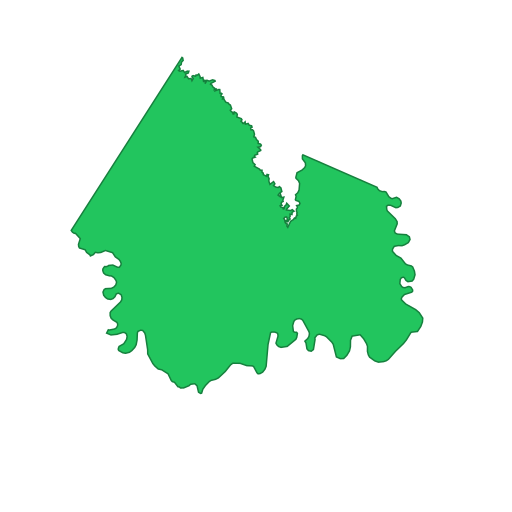 Cabuyaro, Meta, Colombia, rotated 24°
{"feature_id": "7082276B93566761030806", "entity_name": "Cabuyaro", "entity_type": "district", "adm_level": 2, "iso_a3": "COL", "parent_name": "Colombia", "parent_adm1": "Meta", "projection": "albers", "projection_center": [-72.967, 4.313], "detail": "fine", "context": "isolated", "style": "filled", "palette": "green", "viewbox_px": 512, "rotation_deg": 24, "n_neighbors": 0, "source": "geoboundaries", "source_scale": "gbopen_adm2", "svg_char_len": 6159}
<svg xmlns="http://www.w3.org/2000/svg" viewBox="0 0 512 512"><g transform="rotate(24 256 256)"><path d="M76.8,307.8L78.7,308.9L80.7,309.2L81.8,308.7L88.4,311.6L89.1,317.6L90.2,319.5L91.5,320.5L97.4,319.8L99.8,321.6L103.8,322.5L104.7,323.3L106.9,320.8L107.7,318.0L110.2,317.4L112.8,315.9L116.2,312.2L123.6,311.3L127.8,314.0L132.3,314.9L134.3,316.1L135.8,317.6L136.3,319.1L135.8,321.9L134.0,322.6L128.9,322.5L125.3,324.5L124.7,325.6L123.2,326.9L122.2,327.0L121.7,328.1L121.4,330.2L122.0,331.7L123.7,333.5L126.2,334.3L130.3,333.7L132.0,333.0L135.1,333.5L138.1,335.3L139.3,336.7L139.7,339.4L138.8,342.2L137.0,344.4L131.9,347.0L130.9,348.4L130.9,351.2L132.8,353.8L135.3,355.1L137.9,355.6L140.9,354.8L142.7,353.1L143.7,350.6L143.8,347.4L145.4,345.9L148.5,346.2L150.4,348.3L151.2,350.6L150.9,353.2L146.0,365.3L145.8,367.1L147.1,369.9L149.0,371.8L151.3,372.6L156.0,373.2L157.3,374.4L157.9,376.1L157.7,378.5L156.4,380.3L151.8,383.5L151.1,383.5L150.9,387.2L155.6,387.1L160.8,384.1L165.5,379.9L167.1,379.4L169.2,379.8L171.0,381.9L171.7,384.9L170.9,390.0L167.7,394.3L167.8,396.3L168.3,397.6L169.2,398.2L173.7,398.6L176.4,397.9L179.5,395.5L181.0,393.0L182.4,388.9L182.6,385.8L181.5,381.1L178.9,374.5L178.8,372.9L180.8,370.7L182.8,370.1L185.7,371.6L187.3,373.4L195.2,385.8L196.9,389.5L205.5,396.2L208.2,397.6L212.6,399.0L216.2,398.3L223.6,399.4L229.2,404.2L230.7,404.8L232.9,404.5L237.9,407.2L239.3,406.8L240.7,407.3L243.6,405.9L247.6,401.7L248.4,399.8L252.0,397.6L254.9,398.5L258.9,403.8L261.3,404.1L262.1,403.4L261.6,399.4L262.5,394.8L264.4,389.6L265.6,387.9L269.2,385.1L271.2,382.7L274.9,374.0L277.0,365.9L278.4,363.4L285.1,360.5L292.2,359.9L297.5,357.8L299.0,358.1L304.4,362.3L305.8,362.8L307.5,361.8L309.3,359.4L310.2,355.8L310.1,352.6L303.0,332.0L300.5,320.2L301.1,319.2L304.0,317.9L306.3,317.7L307.5,318.2L308.7,320.2L309.7,327.5L311.2,328.7L313.4,329.5L316.0,329.3L321.3,325.9L326.3,315.9L326.3,313.7L325.3,309.8L324.1,309.2L322.4,309.9L320.9,309.8L317.8,304.7L317.2,300.5L317.5,298.8L318.8,297.0L321.1,295.5L323.3,295.2L324.9,295.7L335.3,303.7L336.4,305.2L337.1,308.0L336.8,310.5L335.3,313.9L337.1,315.2L340.3,320.1L342.4,321.1L345.2,320.5L346.5,318.1L343.9,308.2L343.0,306.8L344.0,303.1L345.8,301.6L351.0,300.9L353.2,301.1L360.4,303.9L362.5,305.3L370.5,315.5L374.8,315.5L377.8,314.0L379.4,309.8L380.0,304.7L379.2,300.6L376.6,294.5L376.4,290.1L383.2,285.6L388.0,287.8L392.6,291.1L394.6,293.2L396.6,297.8L398.8,300.6L400.9,302.2L407.1,303.5L411.0,303.2L415.5,300.6L417.6,298.7L419.0,296.5L422.3,286.0L426.3,276.1L427.5,271.5L428.6,263.1L429.1,262.3L434.2,259.3L435.2,253.4L434.9,248.6L433.6,244.9L428.2,241.4L423.9,240.1L412.4,239.0L406.8,236.9L406.1,235.8L406.1,234.1L407.3,230.8L413.0,225.7L413.4,224.4L412.9,223.3L410.4,221.6L408.9,221.5L407.6,221.9L405.0,224.4L402.9,225.0L401.4,224.6L398.6,222.7L397.3,218.7L397.7,216.7L399.2,215.4L400.4,215.5L403.0,217.3L405.2,217.7L408.8,215.4L409.5,213.1L408.9,208.5L406.9,205.4L403.6,202.3L401.8,201.9L398.1,202.6L395.7,202.4L389.3,199.0L383.8,198.5L378.7,196.2L377.9,194.1L378.4,190.9L381.7,188.6L385.2,187.2L387.2,185.3L389.7,181.8L390.0,178.3L388.3,176.1L384.7,175.4L376.3,178.5L373.8,178.4L372.2,176.8L371.9,169.2L370.9,167.2L368.1,165.3L357.6,161.4L356.6,160.4L355.0,157.5L356.0,155.8L358.4,154.9L364.1,155.0L365.8,154.0L367.5,151.6L367.1,148.6L366.0,146.9L363.5,145.5L360.5,145.2L357.2,148.2L355.8,148.4L353.2,147.8L348.8,144.7L347.3,144.8L345.0,145.9L342.2,146.1L339.9,145.2L338.6,144.0L257.7,144.5L257.6,145.6L258.9,148.4L263.2,150.8L264.6,153.4L264.5,155.5L263.1,158.8L259.6,163.2L260.4,167.9L261.0,168.8L264.1,169.9L266.3,171.9L268.5,178.2L268.4,181.4L267.2,184.0L268.4,185.2L269.1,188.6L269.9,189.0L273.1,188.7L274.8,190.1L274.7,191.9L272.6,193.4L273.9,194.3L274.2,195.4L273.8,196.7L275.0,199.0L275.8,199.5L276.2,201.2L277.2,201.9L276.5,203.1L276.9,205.4L275.7,205.6L275.3,207.6L273.5,210.3L273.4,216.9L272.0,216.1L271.6,214.0L270.1,214.2L269.3,213.7L269.4,212.8L271.3,211.7L271.2,210.7L269.7,210.4L268.3,212.6L267.2,211.0L266.1,210.5L266.7,208.7L268.1,207.9L270.0,209.7L271.2,209.9L271.8,209.4L272.1,208.3L270.8,207.5L271.1,206.0L270.0,204.0L272.0,203.5L271.2,201.3L272.5,199.6L270.3,198.9L269.1,200.4L265.1,201.6L264.9,200.7L266.1,196.8L262.6,195.3L262.7,197.1L261.8,199.1L262.5,201.3L261.8,201.9L261.0,200.9L258.6,201.2L257.6,200.3L259.1,199.1L257.7,198.2L257.5,196.5L258.6,195.1L257.8,194.1L257.5,190.9L255.6,192.2L253.3,189.7L253.8,192.0L251.4,191.4L252.0,188.8L253.4,186.6L251.0,183.6L249.1,183.1L248.5,184.4L246.1,185.0L243.4,184.6L243.9,182.4L241.8,180.9L239.6,184.9L237.2,182.3L236.5,180.0L234.6,178.4L234.4,176.7L232.9,177.0L233.1,178.9L229.6,178.7L228.9,177.3L227.5,177.1L226.6,175.2L225.0,175.9L223.9,175.2L217.9,174.7L218.0,172.9L215.2,172.0L212.9,168.9L213.0,168.0L215.1,166.0L213.9,165.6L213.9,164.4L216.1,162.3L215.1,160.9L215.2,160.3L217.4,157.7L217.0,157.0L213.5,155.8L215.7,154.3L215.8,152.6L214.6,151.9L212.2,152.3L211.4,150.3L209.0,149.4L207.3,147.8L205.5,148.0L205.1,145.4L202.9,142.7L201.4,142.1L200.2,142.8L199.4,142.0L199.1,140.7L200.0,139.9L199.0,138.8L196.7,139.3L194.9,138.1L192.7,139.9L191.5,137.9L190.6,140.1L190.0,140.3L189.2,139.5L187.5,139.1L187.8,137.3L186.7,136.5L182.0,136.8L181.3,134.2L180.0,133.4L177.5,133.2L178.0,135.3L177.3,135.6L176.1,134.2L174.9,134.2L173.2,133.3L173.9,131.4L171.2,128.5L169.6,128.3L168.5,127.5L165.9,127.8L162.7,125.7L161.5,126.2L161.4,125.2L162.2,124.7L161.6,123.9L159.3,124.6L158.6,123.2L159.0,121.7L158.2,121.4L157.0,122.0L155.2,118.7L154.3,119.0L151.6,121.6L151.7,119.6L151.0,119.8L150.2,120.9L149.8,119.5L147.9,119.1L146.1,117.7L144.6,117.7L144.5,116.8L147.6,112.9L147.1,112.4L144.7,112.7L142.1,115.3L139.7,115.4L139.4,119.3L138.8,116.2L137.7,116.3L137.5,117.7L137.1,117.9L134.8,114.5L132.8,116.2L131.9,114.8L129.7,113.0L128.9,114.6L127.6,115.0L127.7,116.3L125.2,116.8L124.5,117.6L124.6,118.4L126.5,119.4L126.2,121.9L124.9,120.5L124.0,120.5L122.3,121.5L119.9,120.0L118.4,121.5L118.4,119.5L117.7,118.4L119.7,116.4L119.5,114.5L118.0,115.1L116.1,117.4L114.0,116.1L111.3,118.2L109.9,118.1L110.7,116.1L108.3,113.9L109.8,111.6L109.1,109.1L109.9,107.0L108.5,104.9L107.6,104.7L76.8,307.8Z" fill="#22c55e" stroke="#15803d" stroke-width="1.5"/></g></svg>